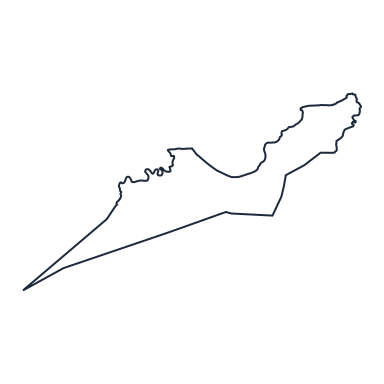 outline of Omoa, Cortés, Honduras
{"feature_id": "27666195B94440917052753", "entity_name": "Omoa", "entity_type": "district", "adm_level": 2, "iso_a3": "HND", "parent_name": "Honduras", "parent_adm1": "Cortés", "projection": "mercator", "projection_center": [-88.127, 15.658], "detail": "fine", "context": "isolated", "style": "outline", "palette": "slate", "viewbox_px": 384, "rotation_deg": 0, "n_neighbors": 0, "source": "geoboundaries", "source_scale": "gbopen_adm2", "svg_char_len": 5999}
<svg xmlns="http://www.w3.org/2000/svg" viewBox="0 0 384 384"><path d="M272.5,215.6L281.4,196.6L283.9,186.1L285.8,175.2L304.3,165.2L320.6,152.7L332.1,152.8L333.2,152.7L334.5,152.7L335.1,151.7L336.1,151.1L336.6,150.4L336.8,150.1L336.6,147.3L336.4,145.8L336.1,144.2L336.2,143.7L336.5,142.8L336.4,141.4L336.5,141.0L336.9,140.7L337.9,140.1L340.0,138.7L341.1,137.8L341.9,136.9L342.5,136.2L342.8,135.6L343.1,134.5L343.3,132.8L343.7,132.0L344.2,130.7L344.4,130.3L345.2,129.4L348.7,127.9L351.0,127.1L353.2,126.3L353.6,125.4L353.6,125.0L353.5,124.8L353.2,124.5L352.8,124.3L352.3,124.1L352.0,123.9L351.9,123.7L352.0,123.1L352.2,122.8L352.7,121.9L352.9,121.8L353.2,121.7L353.5,121.7L353.8,121.9L354.8,122.5L355.1,122.5L355.4,122.4L355.6,122.1L355.7,121.8L355.8,121.4L355.7,121.1L355.5,120.9L355.2,121.0L354.9,121.1L354.7,121.1L354.2,120.8L354.1,120.6L353.7,119.5L352.4,117.4L352.4,117.2L352.7,116.7L353.1,116.2L353.7,115.8L354.1,115.5L354.7,115.4L356.7,115.4L357.7,115.2L358.4,115.0L358.9,114.5L359.2,114.2L359.7,112.4L359.8,111.7L359.9,110.6L359.6,109.2L359.6,108.5L359.8,108.2L360.7,107.3L360.9,106.9L361.0,106.5L360.9,106.1L360.8,105.8L359.8,104.7L359.5,103.8L359.3,103.5L358.7,103.0L358.1,102.6L357.7,102.5L357.2,102.4L356.9,102.2L356.4,100.4L356.8,99.5L356.9,99.1L356.6,98.5L356.1,97.4L355.5,96.0L355.4,95.6L355.4,94.8L354.4,94.7L352.8,93.8L352.6,93.7L352.5,94.0L352.0,93.6L350.1,94.1L349.4,94.1L348.5,93.9L348.2,94.1L348.0,94.5L347.5,94.6L347.3,95.0L346.5,95.9L346.7,96.2L346.6,96.4L346.8,97.2L346.6,97.6L346.5,97.8L345.8,98.1L345.1,98.7L344.3,99.1L343.4,99.6L342.8,99.8L342.2,100.4L341.0,100.8L340.1,101.1L339.8,101.3L339.4,101.7L339.0,101.9L336.7,102.6L336.6,102.8L336.5,103.2L336.5,103.3L336.0,103.5L334.8,104.2L334.3,104.3L333.9,104.6L333.5,104.5L333.1,104.9L332.4,104.9L331.9,105.1L331.4,105.2L330.5,105.2L328.5,105.4L327.6,105.2L326.5,105.1L324.1,105.2L323.2,105.1L321.3,105.0L320.5,105.1L319.8,105.3L319.3,105.3L317.5,105.3L316.0,105.5L309.6,105.7L306.7,106.2L303.2,107.0L302.4,107.3L301.5,107.9L300.9,108.1L300.7,108.4L300.6,108.9L300.6,109.4L300.7,109.8L300.8,110.0L301.7,110.1L302.5,111.0L302.9,112.6L302.6,113.8L302.5,115.9L302.5,116.8L302.0,118.8L301.9,119.4L301.4,119.8L299.6,121.8L298.9,122.5L297.7,123.4L295.6,124.6L294.8,125.3L294.3,125.8L293.9,126.1L293.3,126.4L292.1,126.7L290.9,126.9L289.6,127.0L289.1,127.1L288.7,127.4L287.3,129.0L286.7,129.4L286.1,129.8L284.9,130.4L282.3,131.0L281.7,132.1L281.5,132.8L281.5,133.5L281.7,134.4L281.9,135.0L281.3,136.0L281.0,136.3L280.4,136.6L279.9,137.2L279.1,139.5L278.8,139.9L276.7,141.7L276.2,142.0L275.5,142.2L274.7,142.4L273.4,142.5L270.3,142.7L269.1,142.6L268.0,142.6L267.4,142.9L266.7,143.2L265.8,143.9L265.4,144.4L265.1,144.8L264.5,147.4L264.1,148.2L264.0,148.9L264.0,149.6L264.1,150.4L264.5,151.5L265.3,153.6L265.4,154.7L265.4,155.9L265.5,156.8L265.4,157.7L265.1,158.8L264.8,159.6L264.3,160.5L263.7,161.1L263.3,161.6L262.3,162.2L261.4,162.6L260.8,163.1L260.4,163.7L259.8,165.0L258.3,166.9L257.9,168.3L257.5,169.2L256.8,169.9L255.5,171.1L251.1,173.0L250.0,173.4L248.3,173.8L245.0,175.0L243.5,175.5L239.6,176.7L237.8,177.0L236.5,177.1L234.1,177.1L232.5,177.1L231.5,177.0L230.8,176.8L226.6,175.2L225.5,174.6L217.2,170.6L215.9,169.8L210.2,165.7L206.2,162.5L204.3,160.8L203.0,159.8L198.3,155.7L197.7,155.5L197.4,155.3L197.0,154.7L195.8,153.5L195.2,152.5L192.7,149.4L192.4,149.0L192.3,148.5L192.1,148.4L191.8,148.4L191.4,148.5L190.8,148.6L187.7,148.5L185.6,148.8L182.7,148.9L181.5,148.8L178.4,148.5L177.1,148.7L175.6,149.1L174.8,149.2L172.6,149.4L170.7,149.4L169.7,149.4L168.6,149.7L168.0,149.9L167.9,150.0L168.1,150.7L168.4,151.1L169.6,152.4L170.3,153.2L170.5,153.7L170.8,155.0L171.1,155.9L171.6,156.1L172.5,156.1L172.9,156.1L173.3,155.9L173.6,155.9L173.8,156.0L174.1,156.4L174.1,156.7L174.2,157.7L174.1,158.1L173.8,158.9L173.1,160.0L172.9,160.4L172.7,161.3L172.5,162.6L172.4,163.3L173.0,165.2L172.2,165.9L171.7,166.3L170.5,166.6L169.7,166.7L169.5,166.9L169.5,167.2L170.0,168.4L170.5,170.3L170.5,170.5L170.5,170.8L170.4,171.1L170.2,171.3L169.7,171.7L169.1,171.9L168.8,171.8L168.4,171.6L168.1,171.7L167.5,171.7L166.6,171.6L166.1,171.5L164.9,170.9L164.1,170.3L162.8,168.8L162.2,168.2L161.9,167.9L161.6,167.8L161.3,167.7L161.0,167.6L160.7,167.7L160.4,167.9L160.1,168.2L160.0,168.4L160.0,168.7L160.2,168.9L160.7,169.2L161.6,170.2L162.3,171.0L162.5,171.3L162.5,171.7L162.5,173.0L162.4,173.8L162.2,174.2L162.0,174.6L161.7,175.0L161.3,175.3L161.0,175.4L160.5,175.5L159.8,175.5L158.9,175.4L158.3,175.2L157.9,174.9L157.7,174.6L157.5,174.1L157.5,173.4L158.1,171.9L158.3,171.2L158.4,170.6L158.3,170.2L158.2,169.9L158.0,169.7L157.6,169.5L157.0,169.3L156.6,169.3L156.0,169.5L155.4,169.9L155.1,170.3L154.4,171.3L153.8,172.7L153.5,173.2L153.1,173.6L152.7,173.7L152.3,173.6L151.9,173.3L151.0,171.9L150.0,170.7L149.5,170.1L148.9,169.6L148.3,169.3L147.8,169.2L147.0,169.2L146.4,169.3L146.1,169.5L145.8,169.7L145.4,170.4L145.2,171.2L145.3,172.0L147.4,174.4L148.1,175.4L148.4,176.1L148.5,177.1L148.5,177.8L148.4,178.4L148.2,179.0L148.0,179.5L147.8,179.9L147.5,180.2L147.1,180.6L146.8,180.7L144.2,180.8L141.7,180.5L140.0,180.5L139.0,180.7L134.2,182.1L133.5,182.2L132.7,182.1L132.0,181.9L131.6,181.6L131.5,181.2L131.1,180.0L130.3,178.4L129.9,177.8L129.4,177.2L128.8,176.9L128.2,176.7L127.5,176.8L126.8,177.1L126.4,177.6L125.9,178.6L125.2,180.6L124.7,181.8L124.3,182.3L123.9,182.8L123.2,183.1L122.4,183.3L122.2,183.2L121.2,182.4L120.7,182.6L120.2,182.6L120.0,182.8L119.9,183.0L120.0,183.3L119.6,183.8L119.3,184.3L119.0,185.3L118.9,185.9L119.0,186.3L119.1,186.8L119.7,188.0L119.9,189.7L120.2,190.9L120.4,191.3L121.2,191.9L121.3,192.1L120.6,193.4L120.5,193.9L120.5,194.3L121.0,195.5L121.1,195.9L121.0,196.5L120.9,196.8L120.7,197.2L120.7,197.6L120.5,197.8L120.2,198.1L119.8,199.3L119.6,199.4L119.2,199.6L119.0,199.8L118.9,200.0L118.9,200.4L118.8,200.5L117.2,201.8L116.8,202.2L116.6,202.7L116.6,203.4L116.8,204.0L117.1,204.5L116.1,205.2L106.8,219.1L23.0,290.4L63.5,268.1L168.8,232.3L225.8,212.0L231.4,213.5L272.5,215.6Z" fill="none" stroke="#1e293b" stroke-width="2"/></svg>